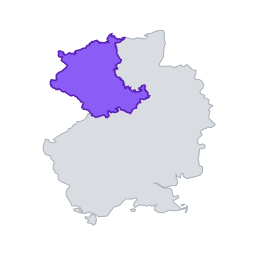 Bayern highlighted on a map of Germany, rotated 167°
{"feature_id": "DEU-1591", "entity_name": "Bayern", "entity_type": "State", "adm_level": 1, "iso_a3": "DEU", "parent_name": "Germany", "parent_adm1": "", "projection": "natural_earth1", "projection_center": [10.676, 48.917], "detail": "fine", "context": "in_parent", "style": "filled", "palette": "violet", "viewbox_px": 256, "rotation_deg": 167, "n_neighbors": 0, "source": "natural_earth", "source_scale": "10m", "svg_char_len": 9557}
<svg xmlns="http://www.w3.org/2000/svg" viewBox="0 0 256 256"><g transform="rotate(167 128 128)"><path d="M110.1,217.0L103.5,213.4L97.6,213.8L96.6,212.6L94.6,212.7L91.6,210.8L88.9,211.9L88.2,213.0L88.4,213.6L91.1,213.7L91.5,214.2L88.7,215.4L84.2,215.0L78.9,216.1L74.4,215.9L71.8,215.0L71.1,213.3L71.4,210.8L72.5,207.6L72.8,205.1L72.3,203.6L73.0,201.3L74.8,198.3L77.5,189.4L83.4,183.2L83.3,181.1L73.2,178.9L71.6,178.3L70.1,176.6L62.1,177.6L61.4,176.0L59.3,175.3L57.1,176.6L56.3,176.4L53.2,172.5L52.5,170.7L51.0,169.5L48.8,169.2L49.6,165.6L51.7,162.9L51.8,160.7L47.3,158.9L45.1,156.3L44.6,153.4L46.0,150.0L49.7,147.9L49.3,144.6L46.2,142.9L46.0,142.3L47.3,141.0L42.8,137.3L43.9,133.5L43.1,132.4L41.0,131.5L40.3,130.4L41.9,130.1L45.6,127.5L45.7,127.1L44.7,126.7L44.6,125.6L47.1,120.1L47.0,119.2L45.1,116.5L45.1,115.5L42.4,112.5L42.5,111.5L46.7,109.6L50.2,110.9L51.6,110.1L53.4,110.2L57.7,108.8L58.8,107.2L57.2,105.8L57.4,104.7L62.3,101.7L63.1,100.2L63.4,97.4L62.8,96.5L62.2,95.8L58.0,95.4L57.0,93.7L57.4,91.6L58.1,91.2L63.1,91.2L65.2,85.1L66.4,83.1L66.9,75.5L64.2,73.2L65.3,68.8L67.2,66.5L68.7,65.8L75.2,65.4L82.4,65.6L85.3,69.2L84.2,71.0L85.9,71.8L86.8,71.5L87.9,68.2L88.5,67.6L91.4,69.9L91.5,72.8L92.3,68.8L91.7,66.1L92.2,63.4L93.9,61.1L99.2,62.1L105.0,61.6L107.1,62.6L112.1,67.8L115.8,68.9L112.9,67.8L107.0,61.5L100.7,59.9L99.3,58.1L99.4,51.8L97.1,50.6L94.5,51.0L94.2,49.6L94.6,48.5L100.3,46.9L100.4,45.1L95.3,39.1L95.1,36.4L99.5,36.5L104.8,37.8L106.1,38.7L112.8,37.5L118.0,39.3L120.4,41.9L120.5,44.1L117.5,46.7L122.7,46.3L123.9,48.3L126.7,47.6L133.7,50.5L139.0,49.0L139.9,51.4L138.9,53.8L135.2,56.3L136.0,57.9L137.2,58.2L140.7,57.9L146.2,59.5L153.7,54.6L159.6,54.1L168.2,46.9L176.8,48.2L179.0,51.3L184.7,54.7L189.9,54.4L191.8,57.7L192.7,61.7L195.7,63.7L200.1,64.7L201.0,68.8L203.3,75.5L203.2,77.5L202.5,79.8L201.1,81.7L198.2,84.0L198.0,85.3L205.4,90.9L207.5,93.8L206.4,97.9L207.5,99.9L208.8,100.6L209.3,101.6L209.3,104.0L210.2,104.7L208.9,109.0L207.5,110.8L207.9,112.3L209.9,114.9L210.0,118.3L214.1,120.5L215.7,124.9L214.8,128.8L211.1,135.6L208.2,134.7L208.3,133.2L207.8,133.1L206.8,131.3L202.5,130.2L201.2,131.1L203.5,133.6L194.5,137.0L187.9,138.4L185.7,140.9L184.5,140.4L181.9,141.5L180.8,143.2L177.6,143.6L176.2,145.7L172.8,145.1L168.7,146.0L166.8,147.1L163.5,151.2L160.7,148.1L160.0,148.1L159.9,149.1L161.5,151.4L162.2,153.3L167.0,156.8L168.1,158.3L165.7,162.1L170.5,169.0L174.0,172.3L176.0,172.2L180.4,176.5L183.3,178.0L185.5,181.0L188.3,181.4L192.7,185.0L193.6,186.2L193.1,190.6L191.0,192.2L187.3,190.8L185.2,196.2L175.9,200.2L173.3,202.6L173.3,203.3L177.1,207.9L177.1,210.0L176.0,212.1L178.7,212.7L179.1,213.8L178.4,218.2L174.4,216.6L173.6,214.2L171.9,213.4L168.0,214.2L162.6,212.2L162.1,214.7L153.0,215.6L146.7,218.0L144.8,219.5L139.8,220.3L138.6,220.2L136.5,217.1L128.0,216.4L126.6,221.0L125.5,222.3L123.0,223.2L123.3,221.1L120.7,220.3L120.6,218.9L118.9,217.5L114.5,215.8L112.6,217.0L110.1,217.0ZM189.5,48.9L190.0,50.5L189.5,51.3L187.4,50.0L185.3,50.0L184.0,52.1L183.1,52.2L179.8,50.3L179.3,49.3L179.5,45.0L180.5,44.1L180.6,42.7L182.4,41.3L184.0,41.3L185.4,43.3L188.5,44.6L188.8,45.2L187.1,46.9L187.5,47.9L189.5,48.9ZM199.1,59.3L199.2,61.2L193.8,61.0L193.3,59.6L193.7,58.2L191.9,56.7L191.9,55.1L199.1,59.3ZM89.1,37.7L87.9,39.6L88.1,36.3L90.2,32.6L91.1,32.7L89.9,34.4L89.7,36.5L94.4,36.7L93.8,37.3L89.1,37.7ZM144.0,48.0L141.1,48.1L138.9,46.9L140.3,45.3L143.1,46.0L144.0,48.0ZM93.6,41.0L92.8,41.5L90.0,40.9L92.1,39.8L93.3,40.1L93.6,41.0Z" fill="#d9dde1" stroke="#a8b0b8" stroke-width="1"/><path d="M160.1,148.0L159.6,148.0L160.2,148.6L160.3,148.9L160.2,149.2L159.7,149.7L161.5,151.2L161.7,151.9L161.6,152.8L161.8,153.2L162.6,153.7L162.9,154.6L166.2,156.1L166.9,156.2L167.2,156.4L167.1,157.4L168.3,158.1L168.1,158.9L167.5,160.0L167.1,159.9L166.9,161.1L165.8,161.7L165.6,162.1L166.3,163.1L167.8,163.9L168.0,164.1L167.8,164.7L168.0,164.8L167.9,165.1L168.8,165.7L169.1,166.8L169.5,167.5L170.3,167.8L170.4,169.0L170.7,169.8L172.4,170.7L173.0,171.9L173.3,172.2L174.9,172.4L175.2,172.4L175.1,172.1L175.4,172.0L176.5,172.3L177.6,173.1L177.9,173.8L178.7,174.5L180.6,176.6L181.1,177.5L181.7,177.8L182.9,177.8L183.5,178.1L184.9,179.5L185.1,179.9L185.2,180.6L185.4,181.0L186.6,181.8L187.1,182.0L187.5,181.3L187.7,181.1L189.2,181.8L189.5,181.7L189.6,182.2L190.1,183.0L190.8,183.5L191.8,183.7L193.2,185.9L193.6,186.2L193.0,187.5L193.7,188.0L193.4,188.2L193.4,188.5L193.4,190.0L192.9,191.1L192.1,191.3L191.8,192.3L190.9,191.9L190.6,191.5L190.0,191.2L187.9,190.7L186.7,191.0L186.4,191.3L186.8,192.4L186.4,193.3L186.3,194.5L185.8,195.9L183.2,197.6L180.6,198.0L178.5,198.7L176.6,200.0L175.2,200.3L174.5,201.2L172.9,202.4L172.9,203.1L173.3,203.6L174.7,204.8L175.3,206.1L176.6,207.1L177.3,208.4L177.8,209.0L176.6,210.7L176.4,211.4L175.9,212.1L176.3,212.4L177.3,212.5L178.4,212.4L179.3,213.3L179.5,214.0L179.5,214.6L179.2,215.2L178.8,215.6L178.9,216.1L178.6,216.6L178.8,217.8L178.1,218.5L177.5,218.3L177.0,218.4L175.8,217.7L174.7,216.7L173.8,216.3L173.6,215.7L173.9,215.1L174.4,214.9L173.2,213.9L173.4,213.5L171.3,213.3L170.2,213.6L169.0,214.4L168.2,214.4L167.2,213.8L166.8,212.9L165.4,213.1L164.2,212.9L163.2,213.2L162.9,212.8L163.2,211.9L162.0,212.5L162.5,213.4L162.6,214.0L162.5,214.4L161.9,215.0L157.3,214.9L155.6,215.2L155.0,215.8L151.1,215.4L150.5,215.9L150.1,217.0L149.8,217.3L148.4,217.6L147.0,217.5L146.1,218.4L146.6,218.6L146.7,218.8L146.5,219.0L145.0,219.3L144.0,220.1L143.6,220.3L143.1,220.2L143.2,219.6L142.8,219.4L140.6,220.4L138.6,220.4L138.1,219.9L138.3,219.6L138.2,219.3L137.2,218.4L136.2,218.0L136.1,217.8L136.9,217.3L136.2,216.9L134.3,217.3L133.9,216.9L130.8,216.1L129.9,216.9L128.9,216.8L128.3,216.5L128.4,215.9L128.4,215.7L127.8,215.7L127.5,215.8L127.8,216.6L127.6,217.8L128.2,218.3L128.3,219.2L127.8,220.2L127.5,220.6L126.7,221.0L126.1,221.9L125.4,222.6L124.1,223.2L122.5,223.4L122.7,222.9L123.1,222.7L123.5,220.8L123.1,220.7L122.3,220.8L122.0,221.1L121.6,221.0L121.0,221.2L120.4,220.0L120.9,219.7L121.0,219.5L120.8,219.2L119.9,218.0L119.3,218.2L119.1,218.1L118.9,217.5L118.4,217.0L118.4,216.6L117.8,216.9L116.7,216.6L116.2,216.8L115.8,216.6L115.7,215.8L115.2,215.5L114.6,215.6L113.6,216.9L113.1,217.1L111.8,217.1L110.7,216.8L111.9,215.4L112.7,215.3L113.2,214.9L113.8,215.0L116.8,213.3L118.5,213.7L120.5,213.2L120.9,213.9L121.1,213.7L121.2,213.2L121.9,213.2L122.0,212.9L121.7,211.1L121.0,210.4L121.1,210.2L121.6,210.1L122.0,209.8L121.5,208.7L121.1,208.5L121.5,207.8L121.6,206.9L121.1,206.1L121.4,205.7L122.0,204.3L122.2,202.9L121.6,201.5L120.5,197.6L119.5,196.1L119.3,196.0L119.1,195.7L120.3,194.4L120.3,194.0L120.7,193.5L122.0,193.1L122.5,193.6L124.4,192.7L124.7,192.1L125.7,192.0L125.5,191.8L125.8,190.8L125.5,190.2L126.0,189.9L126.0,189.7L125.1,189.2L124.7,188.6L124.8,188.3L125.2,187.8L125.7,188.1L126.3,188.1L126.7,188.7L127.9,187.7L128.1,187.9L127.9,188.4L128.0,188.6L129.1,187.9L128.7,187.0L128.1,186.8L127.9,186.5L128.0,185.4L128.4,184.6L128.2,184.1L128.4,182.9L128.1,182.7L128.6,182.5L128.6,182.4L128.0,181.4L126.8,180.3L126.5,179.6L124.8,179.2L124.9,178.8L124.6,178.5L124.6,178.2L124.0,177.9L124.5,177.7L124.7,177.3L124.6,176.8L124.2,176.4L123.8,176.6L122.4,175.4L122.7,175.2L122.4,174.7L122.3,174.2L122.0,173.8L122.6,173.8L122.4,173.0L122.5,172.6L121.9,172.1L121.9,171.3L122.3,170.9L122.9,171.0L122.3,169.7L121.7,169.5L122.1,168.7L121.9,168.2L122.0,167.8L121.5,167.6L121.6,167.2L121.2,167.0L120.7,167.4L120.8,167.8L120.1,168.5L118.3,168.5L118.2,166.8L117.9,166.5L118.0,166.3L117.9,166.1L117.1,166.5L116.9,166.9L116.5,166.9L116.9,166.4L116.9,165.9L117.3,165.3L116.4,164.4L116.3,163.4L115.6,162.6L115.0,162.8L114.3,163.4L113.9,162.6L113.4,162.9L113.3,163.3L112.9,163.4L112.4,163.1L112.8,162.4L112.8,161.5L112.9,161.3L112.8,161.1L111.9,161.4L111.4,161.1L110.8,161.2L109.4,160.8L108.0,161.1L106.8,161.1L106.3,161.5L106.5,161.9L106.3,162.3L107.3,162.6L107.4,163.2L107.7,163.1L107.9,162.7L108.5,162.8L108.3,164.0L108.4,164.3L108.1,164.6L107.5,164.3L105.9,164.8L105.8,165.3L105.2,166.1L102.4,166.2L101.6,165.3L102.4,164.6L102.2,163.4L102.9,163.2L102.8,162.7L103.1,162.0L102.6,161.8L102.6,161.6L103.0,161.0L102.8,160.8L102.2,160.6L102.0,160.3L102.0,159.6L101.6,159.9L100.8,158.0L100.9,156.1L101.3,156.2L100.8,154.6L99.9,154.4L100.4,154.1L100.6,153.3L102.5,152.6L103.3,153.0L103.2,153.3L104.0,152.8L104.1,152.4L104.9,152.2L106.7,152.3L107.6,152.7L108.2,153.4L108.9,153.5L110.1,153.1L110.3,152.9L110.2,152.2L110.5,151.6L110.0,151.3L110.2,150.6L110.1,149.9L110.8,149.9L111.1,150.2L111.9,150.2L113.1,149.9L113.0,149.5L113.3,148.9L114.8,148.2L114.7,147.2L115.4,145.5L115.8,145.4L116.3,145.8L116.9,145.9L119.3,144.9L119.9,144.4L120.7,143.0L122.1,141.9L122.1,142.2L123.4,142.2L123.8,142.5L124.1,143.1L125.9,143.7L126.2,144.4L127.3,145.3L127.2,145.7L127.3,145.9L128.3,145.9L129.2,147.0L130.3,146.9L130.5,147.3L131.0,147.7L131.2,148.5L131.1,149.0L131.3,149.5L131.3,150.0L131.5,150.2L132.8,150.3L133.5,150.6L133.8,149.6L135.0,149.6L135.6,149.8L135.9,149.6L135.8,149.1L135.3,148.9L135.0,148.5L134.4,148.5L133.4,147.8L133.5,146.9L134.2,146.9L134.8,146.2L135.2,146.3L136.5,146.0L136.9,146.3L137.8,146.2L138.6,147.1L138.8,146.8L139.3,146.8L139.8,147.2L141.0,146.7L141.9,147.6L141.5,148.1L141.6,148.3L142.6,149.0L142.9,148.7L143.8,148.9L144.0,148.2L143.9,147.8L144.0,147.0L144.3,146.9L143.9,145.8L143.9,145.2L143.6,144.1L144.9,143.6L145.1,143.2L145.5,142.9L147.1,143.1L147.3,143.5L147.0,143.8L147.0,144.8L147.6,145.2L148.0,145.2L148.2,145.9L149.0,146.4L149.6,146.3L149.8,146.0L150.8,146.2L154.0,145.5L154.7,145.8L154.8,146.1L156.8,145.5L157.7,146.2L157.9,147.1L159.0,147.6L159.9,147.8L160.1,148.0Z" fill="#8b5cf6" stroke="#5b21b6" stroke-width="1.5"/></g></svg>